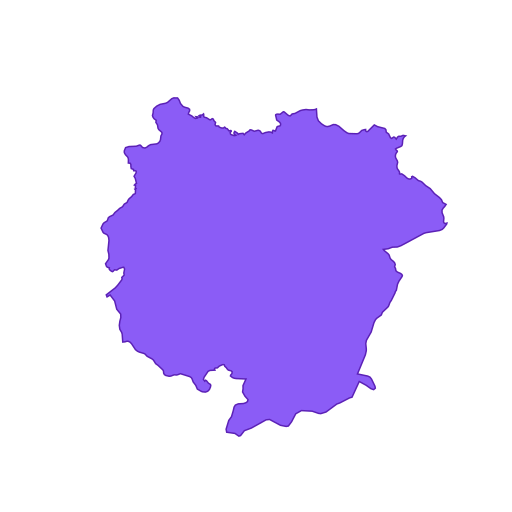 outline of Kayes, rotated 115°
{"feature_id": "MLI-2793", "entity_name": "Kayes", "entity_type": "Region", "adm_level": 1, "iso_a3": "MLI", "parent_name": "Mali", "parent_adm1": "", "projection": "albers", "projection_center": [-10.556, 13.794], "detail": "fine", "context": "isolated", "style": "filled", "palette": "violet", "viewbox_px": 512, "rotation_deg": 115, "n_neighbors": 0, "source": "natural_earth", "source_scale": "10m", "svg_char_len": 6116}
<svg xmlns="http://www.w3.org/2000/svg" viewBox="0 0 512 512"><g transform="rotate(115 256 256)"><path d="M120.0,297.8L119.5,297.8L118.5,296.9L117.3,294.0L113.7,292.2L113.5,291.3L114.8,286.7L114.9,285.1L114.4,284.1L112.0,283.3L110.3,280.9L105.5,277.3L104.0,275.5L102.1,272.6L101.1,269.5L99.4,266.1L98.3,264.4L97.2,263.4L104.3,259.5L107.1,256.6L108.5,252.7L109.0,249.3L109.0,247.5L108.5,245.9L107.1,244.1L104.2,241.5L103.3,239.3L103.4,235.7L105.3,229.1L105.9,225.6L105.8,223.7L102.7,216.5L101.9,215.2L100.7,214.4L97.5,213.2L95.7,211.2L95.0,210.1L96.2,209.6L96.6,208.5L96.0,207.4L87.2,204.2L87.4,200.5L86.0,193.2L86.6,191.7L88.8,190.2L89.3,187.4L92.0,184.1L92.1,182.7L90.0,181.5L89.8,180.5L90.8,178.3L88.5,178.0L87.3,177.4L86.2,175.2L84.5,173.7L83.9,171.2L85.3,171.9L87.2,172.2L89.0,172.0L92.5,170.7L94.3,170.4L95.6,171.1L99.1,174.3L100.0,174.8L100.7,173.8L101.1,172.4L101.7,172.0L103.3,172.4L104.9,172.4L106.6,171.9L108.0,170.9L110.0,168.2L111.2,167.2L114.6,166.5L116.1,165.7L117.3,164.6L118.3,162.7L119.5,161.2L120.9,160.7L120.9,160.1L120.1,158.9L120.0,158.4L120.5,155.3L121.5,152.4L121.7,150.8L121.5,149.6L120.9,148.6L119.9,147.8L119.4,147.8L118.4,148.4L117.6,147.8L117.9,144.8L118.9,141.3L119.0,140.4L118.7,138.4L118.9,136.6L120.5,132.0L121.3,126.6L124.1,120.6L125.5,114.4L126.6,111.7L128.7,109.4L128.9,105.5L131.4,105.9L133.6,106.6L135.8,106.8L138.2,105.6L141.2,102.4L142.6,101.6L145.7,100.5L146.5,99.7L146.7,98.4L145.5,96.9L146.5,96.7L151.2,97.7L153.2,98.5L155.3,100.4L162.9,111.6L164.5,113.4L185.4,129.0L188.1,131.7L190.4,136.2L193.5,139.2L196.2,143.4L196.9,142.0L198.2,137.1L198.9,135.7L201.2,133.6L202.1,132.1L202.9,129.0L203.5,127.6L204.9,126.2L207.3,125.8L208.2,124.4L210.2,123.0L210.8,121.1L210.7,117.6L211.1,115.9L212.0,115.0L213.3,115.0L218.3,115.8L221.8,115.8L227.8,114.3L229.4,114.7L230.6,114.4L239.1,114.6L241.4,115.0L245.4,114.7L246.5,114.9L253.6,117.7L256.5,117.5L261.3,120.2L263.2,120.8L266.6,120.9L276.2,119.5L285.8,120.3L289.0,119.5L293.7,116.7L295.3,116.0L299.4,115.1L320.0,114.2L317.6,104.0L317.6,101.5L318.8,99.2L323.8,93.1L325.4,92.0L327.4,92.9L327.7,95.7L326.6,101.6L326.1,109.4L343.4,109.3L345.0,111.2L353.7,117.9L356.0,120.2L367.8,126.6L371.5,130.7L372.2,132.8L372.9,139.5L376.9,149.5L382.2,153.3L391.1,153.7L396.4,154.8L397.7,156.6L399.1,162.3L398.4,174.6L400.2,177.6L413.9,187.5L419.2,192.7L425.3,194.1L426.5,195.4L425.7,200.1L428.1,208.1L425.6,209.9L416.5,211.2L412.0,210.3L406.0,211.2L402.2,212.0L399.8,211.7L397.5,209.6L395.0,205.0L393.2,203.1L391.5,202.2L389.5,202.6L387.7,206.8L384.9,210.7L381.6,211.7L379.0,213.0L371.7,213.1L375.5,222.3L376.0,224.1L376.1,226.0L375.5,228.5L374.4,228.6L372.8,228.1L371.0,228.7L370.6,229.9L371.1,232.9L370.6,234.3L369.7,235.8L369.2,237.6L368.0,238.8L368.3,239.9L368.8,240.6L371.4,242.8L373.7,243.7L374.7,245.5L375.3,246.0L376.0,245.9L376.8,245.0L379.2,249.4L380.8,250.7L387.9,251.8L390.1,251.5L391.1,249.5L389.9,249.2L390.0,248.1L391.4,245.3L391.6,243.2L392.2,242.4L393.9,241.9L396.7,241.8L399.0,242.6L400.7,244.3L401.7,247.1L401.8,248.3L401.4,252.9L398.7,255.9L396.7,259.7L394.5,261.9L393.6,263.2L393.3,265.0L394.6,274.8L396.7,276.8L397.4,277.7L398.3,280.0L400.8,282.4L401.7,283.9L402.4,287.3L402.2,288.9L401.3,290.1L399.3,291.3L398.6,292.3L396.5,298.6L396.0,301.4L393.6,305.1L393.2,306.9L392.9,312.3L391.7,315.3L391.7,316.6L392.4,321.1L392.4,323.2L391.8,325.7L388.1,331.7L387.3,333.8L387.3,335.9L388.0,337.2L389.2,338.5L390.3,340.4L383.3,344.3L382.0,345.5L379.9,348.5L376.6,350.6L372.7,351.8L368.9,352.5L365.8,354.1L363.1,359.7L356.5,365.1L353.0,371.7L356.0,373.7L354.5,375.3L344.4,370.1L340.9,369.0L334.4,367.6L333.3,367.7L332.1,368.6L329.3,367.5L328.7,367.6L327.3,368.6L323.3,369.6L322.1,371.1L322.6,372.0L325.3,374.9L327.6,376.2L328.3,378.4L330.4,379.1L330.9,379.5L330.9,380.6L330.6,382.2L329.8,383.6L328.7,383.9L329.0,386.0L328.6,387.1L326.6,389.1L321.5,388.2L320.0,388.4L316.6,390.1L313.6,392.5L304.1,395.8L301.4,397.5L300.2,398.9L299.6,400.2L299.6,403.5L299.2,404.6L296.2,408.2L291.5,408.2L290.0,407.7L287.7,406.1L286.8,405.7L283.7,406.0L282.2,405.3L279.3,402.9L276.1,402.2L273.1,400.7L270.5,399.7L267.8,397.8L264.6,397.3L262.0,395.5L259.3,395.5L257.7,395.2L254.7,393.8L252.0,393.2L251.0,392.1L250.3,391.8L247.1,393.1L246.6,394.1L245.6,393.2L245.1,394.2L243.0,395.0L243.1,396.2L241.8,395.8L240.7,395.0L236.7,398.2L235.3,400.2L231.3,399.8L229.8,400.4L229.7,401.2L230.4,402.9L229.3,403.6L229.5,406.0L227.8,407.2L226.1,408.0L225.1,409.1L225.7,411.0L222.7,412.3L221.2,413.3L220.5,414.2L219.4,417.0L218.5,418.4L217.7,419.2L216.4,419.8L212.9,420.0L210.5,417.4L207.1,410.9L204.8,408.6L204.4,407.7L204.6,407.0L205.6,404.7L205.1,402.3L203.6,401.0L201.6,400.1L199.6,398.6L196.3,393.3L194.8,392.2L192.7,391.6L191.0,391.7L187.4,392.9L185.4,392.8L184.3,393.1L183.6,393.9L182.5,397.6L181.6,398.8L178.8,400.7L177.2,403.2L175.2,403.8L174.7,406.3L173.8,407.9L172.5,409.2L169.8,409.7L167.1,410.8L165.5,410.8L162.1,409.3L159.1,407.0L155.7,402.4L154.2,401.1L149.0,398.8L147.5,397.4L145.9,393.9L147.3,391.4L149.7,388.9L151.3,385.5L151.3,383.5L150.7,380.1L151.1,378.2L152.4,377.5L154.4,377.6L156.0,377.3L156.2,373.4L156.8,371.1L157.0,369.1L155.9,367.6L155.1,369.2L153.7,364.9L153.0,365.1L152.6,366.0L152.6,366.7L151.9,366.1L151.0,364.4L149.4,363.6L150.0,363.1L151.8,362.3L152.0,361.3L151.6,359.2L152.1,355.6L151.7,354.7L150.0,353.7L150.0,352.5L151.1,351.4L152.0,349.1L154.3,348.6L155.0,347.5L154.8,346.6L154.0,345.0L154.0,344.7L154.6,344.0L154.7,343.1L154.5,341.2L153.9,339.8L153.5,339.4L152.5,339.0L152.5,338.5L153.1,337.3L152.8,335.9L154.0,333.3L152.9,331.9L153.0,331.4L153.5,331.1L155.0,331.6L156.3,330.6L156.5,330.1L156.2,326.9L155.8,326.0L155.1,325.3L154.9,326.8L154.3,327.7L153.3,328.1L152.0,327.9L152.5,324.6L153.3,323.5L152.3,322.9L150.3,319.6L151.1,317.9L148.8,317.2L145.6,315.1L144.1,314.7L143.7,313.3L143.7,310.3L141.1,307.2L140.9,305.6L141.2,304.7L142.3,303.1L142.4,302.2L142.1,301.4L140.2,299.7L138.1,296.8L137.5,295.1L137.5,293.2L135.9,293.8L134.9,293.7L134.7,292.8L134.8,291.6L134.5,291.2L129.9,291.5L129.1,290.8L128.0,289.3L126.8,289.1L125.5,289.8L124.7,291.2L124.0,294.7L120.0,297.8Z" fill="#8b5cf6" stroke="#5b21b6" stroke-width="1.5"/></g></svg>